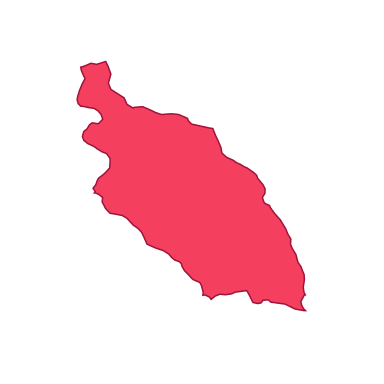 outline of Choirokoitia, Larnaca, Cyprus, rotated 199°
{"feature_id": "46923920B55187515304713", "entity_name": "Choirokoitia", "entity_type": "district", "adm_level": 2, "iso_a3": "CYP", "parent_name": "Cyprus", "parent_adm1": "Larnaca", "projection": "robinson", "projection_center": [33.342, 34.796], "detail": "fine", "context": "isolated", "style": "filled", "palette": "rose", "viewbox_px": 384, "rotation_deg": 199, "n_neighbors": 0, "source": "geoboundaries", "source_scale": "gbopen_adm2", "svg_char_len": 2151}
<svg xmlns="http://www.w3.org/2000/svg" viewBox="0 0 384 384"><g transform="rotate(199 192 192)"><path d="M138.9,96.7L136.3,101.0L132.4,104.4L126.8,105.8L121.4,108.6L118.5,111.4L108.1,116.6L104.1,113.0L98.4,107.4L93.6,107.9L90.6,109.6L89.6,112.7L84.8,114.9L81.6,113.5L77.2,114.4L67.5,116.3L56.5,114.9L47.4,116.3L46.1,116.8L48.8,118.1L51.7,121.0L53.4,123.8L52.3,131.0L51.3,131.6L53.5,133.6L55.8,138.2L57.2,145.8L59.2,150.5L61.8,153.4L64.7,156.9L69.0,160.1L73.4,166.7L76.0,168.9L78.8,171.2L81.8,174.6L83.3,179.8L87.4,183.1L91.3,187.6L99.4,194.4L107.6,199.0L108.9,200.0L112.3,202.3L114.4,204.5L118.1,204.8L120.4,205.5L123.7,209.7L122.6,214.4L123.9,218.8L127.4,222.1L134.5,226.4L136.4,228.9L139.9,230.4L145.7,232.1L147.8,232.7L151.1,232.9L155.1,233.9L159.5,234.2L163.2,235.4L170.7,236.1L176.5,238.6L177.2,240.0L179.2,243.6L183.8,248.7L187.1,252.0L190.9,256.3L193.0,258.8L196.8,258.1L214.5,256.1L218.5,258.1L220.4,260.2L229.9,260.9L234.9,259.8L238.8,258.5L246.1,255.3L252.6,255.3L257.2,255.9L266.4,256.6L274.1,253.3L275.0,252.2L282.0,253.7L286.8,258.9L300.6,262.2L302.3,262.8L306.5,267.6L307.1,277.1L312.2,283.4L316.1,287.3L320.7,283.9L323.6,281.7L329.5,280.8L332.5,278.0L335.8,275.2L337.9,273.8L336.1,270.8L333.6,268.0L330.1,264.4L331.0,258.7L331.4,252.0L331.4,251.9L331.2,245.0L330.7,241.9L328.4,238.5L325.2,236.9L321.7,237.7L316.8,238.2L311.9,239.2L307.5,238.2L303.3,235.8L300.1,231.7L302.8,226.0L308.9,224.9L310.8,222.2L311.7,217.7L314.0,214.0L313.7,208.8L311.0,205.5L306.1,203.8L299.6,203.2L295.3,201.8L290.0,200.7L285.3,200.5L280.6,197.2L279.5,194.7L277.7,187.9L280.2,182.1L281.8,179.2L284.8,174.9L285.3,172.1L285.3,168.5L285.5,167.0L286.8,163.3L283.7,160.9L284.0,159.4L283.6,159.6L279.9,159.5L274.7,157.7L273.8,153.5L268.3,148.2L262.6,145.2L258.6,145.9L250.5,147.1L245.0,146.0L236.9,141.6L230.8,139.8L226.3,137.3L222.2,133.1L217.6,128.1L213.1,127.6L208.2,127.2L203.8,127.2L200.3,127.3L193.9,125.8L189.8,123.4L185.9,122.0L181.4,122.0L178.9,120.9L177.1,118.3L173.4,115.1L167.1,112.0L164.5,110.4L162.1,109.5L155.1,109.0L152.6,106.6L148.8,100.9L148.1,97.9L146.2,98.9L141.5,98.4L138.9,96.7Z" fill="#f43f5e" stroke="#9f1239" stroke-width="1.5"/></g></svg>